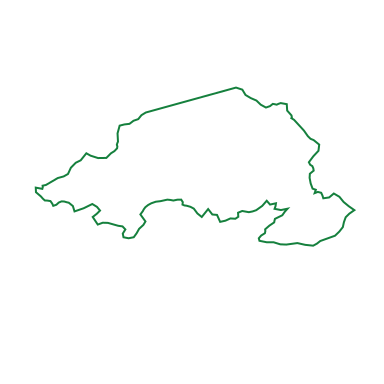 Mŏṇarāgala, Robinson projection, rotated 251°
{"feature_id": "LKA-2468", "entity_name": "Mŏṇarāgala", "entity_type": "District", "adm_level": 1, "iso_a3": "LKA", "parent_name": "Sri Lanka", "parent_adm1": "", "projection": "robinson", "projection_center": [81.231, 6.876], "detail": "fine", "context": "isolated", "style": "outline", "palette": "green", "viewbox_px": 384, "rotation_deg": 251, "n_neighbors": 0, "source": "natural_earth", "source_scale": "10m", "svg_char_len": 2327}
<svg xmlns="http://www.w3.org/2000/svg" viewBox="0 0 384 384"><g transform="rotate(251 192 192)"><path d="M122.0,339.6L120.3,333.7L118.1,329.1L114.0,325.8L109.7,323.2L106.6,318.4L104.1,313.0L103.9,297.3L102.5,293.3L101.8,289.1L105.2,281.8L109.4,275.0L111.6,264.0L113.8,258.4L117.9,252.8L120.2,246.2L123.9,239.9L126.5,240.1L128.3,243.2L129.3,247.5L131.1,248.6L132.9,249.0L135.0,254.2L136.5,259.8L138.1,260.7L139.6,261.7L140.6,269.8L143.2,273.4L145.1,276.9L146.0,270.2L149.2,264.6L151.5,266.4L154.0,267.7L154.7,261.7L159.4,259.8L156.0,253.9L153.9,246.8L153.9,242.9L154.4,239.2L157.7,233.3L157.4,228.8L153.5,227.7L152.6,224.3L154.5,219.7L154.0,214.3L154.6,208.9L162.2,208.2L164.1,203.9L170.6,201.7L165.2,193.1L170.0,190.1L175.7,188.3L178.5,185.7L180.8,182.4L181.8,180.4L183.2,178.9L185.4,180.0L188.3,179.3L189.5,175.6L190.0,171.6L191.5,169.0L192.8,166.2L193.6,159.2L194.6,154.6L194.6,149.9L194.0,146.3L192.8,142.9L191.2,140.6L190.0,139.4L187.6,135.9L179.3,138.4L176.7,135.3L174.4,130.0L171.0,126.2L168.2,122.2L168.9,117.0L171.5,112.5L175.2,113.0L178.3,116.8L182.1,115.1L184.1,111.2L190.2,102.4L192.0,97.6L191.9,92.3L200.7,90.0L202.4,94.9L204.4,99.0L208.9,97.3L213.1,93.8L211.9,84.3L211.9,74.6L217.5,74.8L222.0,72.0L223.1,70.2L224.6,68.1L225.6,65.6L225.4,62.6L224.1,59.6L224.1,56.3L226.4,56.1L229.5,55.2L231.0,52.4L231.9,50.1L234.3,48.8L237.0,47.7L242.6,44.4L247.0,45.7L243.7,51.5L245.2,52.5L246.6,52.8L246.2,56.2L248.9,69.6L248.5,75.7L249.4,80.6L254.4,85.4L257.5,91.6L258.2,97.1L263.0,104.7L259.4,107.9L254.7,114.2L252.1,122.1L255.0,128.0L255.9,131.9L257.7,135.4L259.5,136.3L261.1,136.3L262.5,137.3L263.7,138.4L271.7,140.7L278.3,145.2L277.9,150.0L276.8,155.1L278.4,159.9L278.4,164.9L281.1,169.2L282.2,174.2L276.4,267.6L272.4,272.9L266.3,274.2L261.6,278.2L257.5,282.7L252.2,285.4L247.8,289.4L247.8,293.7L249.0,297.1L248.0,298.9L247.0,300.5L247.2,302.5L247.2,304.8L244.2,310.2L238.0,308.5L232.0,311.0L230.0,310.7L229.5,310.0L227.0,312.0L213.7,317.8L207.1,319.7L203.7,321.4L201.5,323.9L195.4,327.7L189.8,325.0L186.3,318.4L182.1,312.2L179.3,312.6L177.3,314.2L174.9,314.4L172.6,314.0L170.9,309.4L167.1,307.8L161.5,307.0L155.9,307.1L153.8,309.8L151.0,307.6L151.1,311.0L149.2,313.9L146.2,314.2L143.3,314.1L142.2,319.9L144.4,325.6L139.5,329.8L133.2,332.1L127.5,335.6L122.0,339.6Z" fill="none" stroke="#15803d" stroke-width="2"/></g></svg>